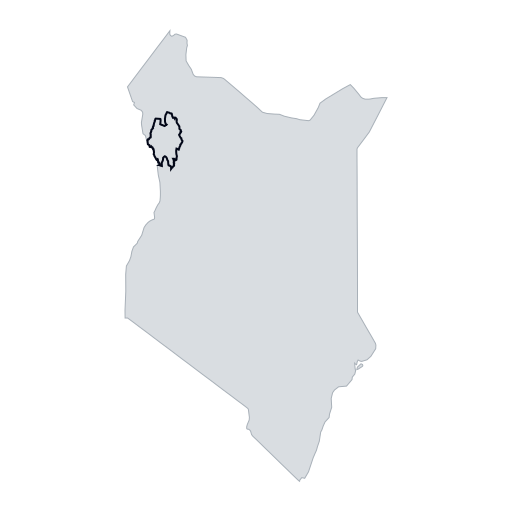 location of Loima, Rift Valley, Kenya
{"feature_id": "3690345B72596484741491", "entity_name": "Loima", "entity_type": "district", "adm_level": 2, "iso_a3": "KEN", "parent_name": "Kenya", "parent_adm1": "Rift Valley", "projection": "equal_earth", "projection_center": [35.181, 3.01], "detail": "fine", "context": "in_parent", "style": "outline", "palette": "ink", "viewbox_px": 512, "rotation_deg": 0, "n_neighbors": 0, "source": "geoboundaries", "source_scale": "gbopen_adm2", "svg_char_len": 8002}
<svg xmlns="http://www.w3.org/2000/svg" viewBox="0 0 512 512"><path d="M125.1,318.0L125.0,310.5L125.8,291.3L125.7,274.4L126.4,266.0L129.5,260.6L130.9,256.7L131.9,251.3L133.5,246.9L137.2,243.3L137.8,241.3L141.7,235.3L144.1,227.5L145.8,224.9L148.0,222.5L149.6,221.2L152.1,219.9L154.1,219.2L154.5,218.6L154.6,217.3L154.0,212.5L154.8,211.0L156.2,207.8L157.8,204.8L159.2,202.9L160.0,200.9L160.3,197.5L160.4,195.2L160.4,191.2L159.9,182.4L158.3,175.0L157.3,166.6L158.0,163.9L156.7,159.0L156.1,158.8L155.0,157.7L153.7,153.1L152.6,148.9L152.0,147.9L147.6,144.2L145.4,135.6L143.0,133.7L141.6,125.1L141.4,122.6L142.8,114.1L142.6,112.1L141.2,110.3L137.0,108.5L133.7,104.9L134.1,103.7L134.4,102.4L132.6,101.6L127.5,86.9L134.1,78.1L140.8,69.2L149.3,58.0L157.1,47.6L163.9,38.7L169.9,30.7L169.8,32.2L169.8,34.3L170.5,35.5L171.8,36.3L173.5,35.5L175.0,34.2L176.5,34.0L185.5,37.3L187.1,40.2L187.0,43.3L187.4,45.5L186.7,47.8L185.9,54.7L186.1,60.9L188.8,65.6L191.3,69.3L193.2,74.4L194.6,76.0L196.6,76.8L202.8,77.0L212.1,77.3L220.9,77.6L221.7,77.8L223.6,78.5L231.8,85.4L239.3,91.8L245.6,97.3L251.8,102.6L257.8,107.9L262.4,112.2L267.0,113.5L274.4,114.1L279.5,114.3L284.3,116.2L291.4,117.9L296.6,118.7L299.8,119.7L308.7,120.7L310.1,120.1L314.0,115.3L318.3,107.5L320.0,103.2L325.7,99.0L335.6,93.0L342.5,88.8L350.3,84.6L353.8,88.2L358.7,94.1L360.9,97.0L362.6,98.3L365.3,99.2L368.5,99.2L370.3,99.0L373.9,98.3L382.2,97.6L387.0,97.6L383.0,105.4L378.2,114.8L369.3,132.0L362.6,141.0L357.4,147.9L357.0,149.1L357.0,156.7L357.1,175.4L357.2,212.7L357.4,250.0L357.5,287.3L357.5,305.9L357.5,312.2L362.0,320.0L366.4,327.7L372.3,337.8L375.4,343.3L375.9,345.1L375.7,348.7L370.9,356.3L367.0,359.8L361.7,361.4L360.1,361.1L358.1,360.0L357.2,361.8L356.6,364.7L355.5,364.1L354.6,363.2L355.1,368.3L355.6,370.8L354.8,374.1L352.3,377.1L352.0,379.6L346.5,386.1L338.6,386.8L334.5,390.0L332.6,392.7L331.2,398.4L331.7,407.3L329.5,414.1L329.1,417.5L325.0,422.0L323.2,426.0L321.8,430.1L320.7,432.0L319.3,441.2L317.4,446.8L316.9,448.7L316.4,450.4L314.9,453.7L314.0,455.9L313.3,457.4L308.5,471.8L304.7,478.3L301.8,477.6L299.8,480.1L299.6,481.3L298.6,480.6L296.1,478.2L291.1,473.4L286.1,468.5L281.0,463.6L276.0,458.7L271.0,453.8L265.9,448.9L260.9,444.0L255.9,439.1L252.9,436.3L251.6,434.6L250.6,431.2L250.1,430.4L248.8,429.3L247.2,429.1L246.7,428.4L246.7,426.8L247.3,424.5L249.2,420.0L249.4,417.3L249.0,414.3L248.4,409.5L247.9,408.5L244.6,405.9L237.6,400.7L230.6,395.4L223.6,390.2L216.6,384.9L209.6,379.6L202.6,374.4L195.6,369.1L188.6,363.8L181.6,358.6L174.6,353.3L167.6,348.0L160.6,342.8L153.6,337.5L146.6,332.2L139.6,327.0L132.6,321.7L129.9,319.7L127.6,318.0L125.1,318.0ZM358.0,369.2L356.8,369.6L357.4,367.1L361.0,363.8L362.5,364.5L362.8,365.3L362.7,366.0L362.1,366.6L358.0,369.2Z" fill="#d9dde1" stroke="#a8b0b8" stroke-width="1"/><path d="M171.1,168.9L171.7,168.1L171.9,167.8L172.1,167.6L172.2,167.4L172.6,167.3L172.8,166.8L173.1,166.5L173.3,166.2L173.5,166.1L174.0,165.8L174.0,165.7L173.9,165.4L173.8,164.9L173.9,164.7L174.0,164.7L173.9,164.1L174.0,163.9L174.2,163.7L174.2,163.3L173.9,163.3L173.9,163.2L173.7,162.8L173.7,162.6L173.9,162.5L173.9,162.4L173.7,162.3L173.7,162.2L173.8,161.6L174.0,161.4L173.9,161.2L173.8,160.6L173.7,160.3L173.7,160.2L173.8,160.1L173.7,160.0L173.6,159.9L173.6,159.7L173.4,159.5L173.4,159.4L173.5,159.1L173.3,158.8L173.5,158.8L173.7,159.0L174.0,158.8L174.4,159.1L174.6,159.1L174.8,159.3L175.1,159.3L175.3,159.5L175.5,160.2L175.5,160.3L175.8,160.2L176.4,159.8L176.5,159.6L176.5,159.3L176.4,159.0L176.6,158.2L176.5,157.9L176.6,157.6L176.7,157.3L176.8,156.9L176.9,156.7L176.8,156.2L176.8,155.7L176.6,155.0L176.4,154.2L176.3,153.3L176.2,152.0L176.2,150.9L176.2,150.4L176.5,148.6L177.4,148.9L177.9,149.2L178.4,149.6L178.6,149.7L178.8,149.7L178.9,149.1L179.0,148.8L179.0,148.6L179.1,148.3L179.2,148.1L179.4,147.8L179.4,147.5L179.7,146.6L180.0,146.2L180.3,145.7L180.4,145.2L180.3,144.8L180.5,144.6L180.5,144.4L180.7,144.2L181.2,143.8L181.5,143.4L181.5,143.2L181.6,142.8L181.8,142.6L182.1,142.3L182.2,142.0L182.3,141.8L182.3,141.4L182.5,141.0L181.7,139.9L181.5,139.6L181.5,139.3L181.4,138.7L181.3,138.3L181.3,138.2L180.8,137.9L180.5,137.6L180.3,137.2L179.8,136.3L179.1,134.9L179.1,134.7L179.3,134.4L179.5,134.2L179.9,133.8L180.0,133.7L180.1,133.1L180.2,132.9L180.3,132.8L180.5,132.8L180.9,132.3L181.0,132.0L180.6,132.0L180.5,131.8L180.5,131.7L180.8,131.2L180.9,130.6L180.8,130.1L179.6,129.2L179.4,128.7L179.4,128.2L179.4,127.0L179.4,126.7L179.3,126.4L179.2,126.1L178.9,125.9L178.8,125.7L178.6,125.3L178.5,125.1L178.4,124.9L178.0,124.4L177.3,123.4L177.2,123.2L176.9,122.9L176.8,122.6L176.7,122.1L176.6,121.2L176.8,120.1L176.8,119.4L176.7,119.0L176.6,118.9L176.2,118.7L175.9,118.6L175.9,118.3L175.9,118.1L175.8,117.9L175.6,117.7L175.4,117.7L175.4,117.8L175.1,117.9L174.9,117.8L174.6,117.8L174.5,117.7L174.3,117.7L174.2,117.7L174.2,117.9L174.0,117.6L173.9,117.5L173.5,117.6L173.3,117.7L173.0,117.8L172.9,117.6L172.8,117.4L172.6,117.0L172.3,116.5L172.3,116.4L172.1,115.2L172.0,114.8L171.8,114.4L171.8,113.8L171.6,113.5L171.2,113.4L170.5,113.4L170.2,113.4L170.0,113.2L169.6,112.9L169.3,112.7L168.3,112.5L168.1,112.4L167.1,112.1L166.8,112.5L166.7,112.9L166.5,113.4L166.4,113.6L166.2,113.9L166.0,114.2L165.9,114.5L165.7,114.8L165.5,115.1L165.4,115.7L165.3,116.3L165.2,116.9L165.2,117.2L165.2,117.3L165.1,117.7L165.1,117.9L165.0,118.3L164.9,118.9L165.0,119.7L165.0,120.9L165.0,121.2L165.1,122.1L165.3,122.6L165.4,123.1L165.5,123.3L165.8,123.9L166.0,124.2L166.2,124.4L166.3,124.4L166.6,124.6L166.4,124.8L166.3,125.0L166.1,125.0L165.9,125.1L165.7,125.1L165.4,125.4L165.3,125.5L165.1,125.6L165.0,125.8L164.6,125.9L164.4,126.0L162.7,125.2L162.3,125.0L161.9,125.0L161.5,124.7L161.0,124.6L160.2,124.2L160.4,122.6L160.6,120.8L160.5,119.2L160.4,119.0L160.2,118.9L155.7,118.6L155.4,118.9L155.4,119.0L155.2,119.5L155.1,119.8L155.1,120.1L155.0,120.5L154.9,120.8L154.7,120.9L154.7,121.0L154.8,121.5L154.7,121.8L154.5,122.1L154.3,122.5L154.2,122.9L154.0,123.3L154.0,123.5L153.9,124.0L153.9,124.3L153.7,124.6L153.7,125.2L153.7,125.7L153.6,125.8L153.4,125.9L153.4,126.0L153.4,126.3L153.1,126.5L152.9,126.9L152.8,127.3L152.8,127.5L153.0,127.7L153.0,127.8L152.9,128.0L153.0,128.2L152.9,128.3L152.8,128.5L152.6,128.7L152.4,128.7L152.3,128.8L152.0,129.4L151.8,129.5L151.5,129.7L151.4,129.8L151.3,130.3L151.3,130.6L151.3,130.8L151.3,131.0L151.3,131.3L151.1,131.5L151.0,131.9L151.0,132.2L150.9,132.4L150.5,133.0L150.5,133.5L150.6,133.8L150.5,134.0L150.7,134.6L150.8,134.9L150.7,135.1L150.7,135.4L150.6,135.7L150.6,135.8L150.7,136.0L150.7,136.4L150.8,137.0L150.6,137.4L150.2,137.4L150.0,137.8L149.7,137.9L149.5,138.1L149.3,138.3L149.2,138.7L149.1,138.9L148.8,139.3L148.6,139.4L148.4,139.3L148.1,139.3L147.9,139.3L147.7,139.7L147.5,139.9L147.4,140.2L147.4,140.5L147.6,140.7L147.6,140.9L147.6,141.8L147.9,144.3L149.3,145.1L149.7,146.9L149.9,147.0L150.3,147.0L150.8,147.0L151.0,147.1L151.3,146.4L151.5,146.6L151.6,147.0L152.3,147.3L152.5,147.4L152.9,148.7L153.2,148.6L153.4,148.8L153.7,149.9L153.9,151.2L154.0,152.1L154.0,152.4L153.7,154.3L154.2,155.0L154.5,156.2L155.5,157.7L155.8,158.5L156.3,159.4L156.8,160.0L157.1,159.9L157.2,159.2L157.6,159.0L157.8,159.3L158.0,160.9L158.2,162.3L158.9,162.4L159.1,163.1L159.4,164.2L159.6,164.2L159.6,164.3L159.5,164.7L159.6,164.8L159.3,165.0L159.5,165.0L160.0,165.4L160.1,165.5L161.9,166.0L161.9,165.7L161.7,164.9L161.8,164.7L161.7,164.3L161.8,164.0L161.8,163.7L161.7,163.5L161.6,163.1L161.7,162.6L162.0,162.2L162.4,161.5L162.6,160.9L162.7,160.7L162.9,160.2L163.0,159.8L163.0,159.5L163.0,159.2L163.1,158.6L163.1,158.3L163.2,158.0L163.2,157.8L163.2,157.7L163.4,157.6L163.5,157.5L163.6,157.3L163.8,157.0L164.1,156.8L164.3,156.6L164.6,156.5L164.8,156.3L165.0,156.4L165.4,156.5L166.2,157.2L166.6,157.8L167.0,158.7L167.2,159.5L167.2,159.8L167.4,160.1L168.1,161.1L168.1,161.4L168.2,163.2L168.3,164.0L168.3,164.4L168.4,164.8L168.6,165.3L168.9,165.3L169.0,165.4L169.3,165.6L169.7,165.8L169.8,165.7L170.0,165.8L170.4,166.1L170.7,166.2L170.8,166.3L170.9,166.5L171.1,167.5L171.1,168.9Z" fill="none" stroke="#020617" stroke-width="2"/></svg>